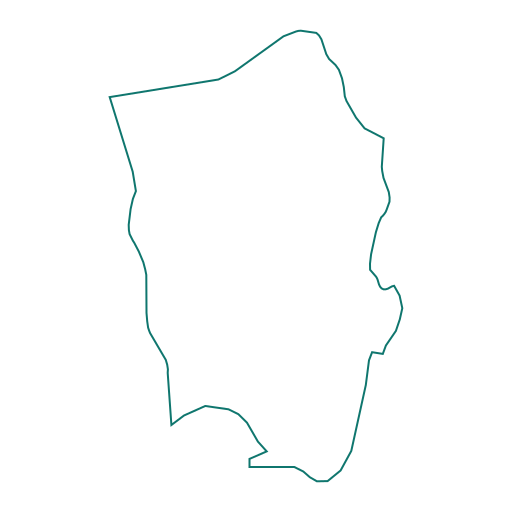 the Parish of Saint Catherine
{"feature_id": "JAM-1380", "entity_name": "Saint Catherine", "entity_type": "Parish", "adm_level": 1, "iso_a3": "JAM", "parent_name": "Jamaica", "parent_adm1": "", "projection": "equal_earth", "projection_center": [-76.985, 18.04], "detail": "fine", "context": "isolated", "style": "outline", "palette": "teal", "viewbox_px": 512, "rotation_deg": 0, "n_neighbors": 0, "source": "natural_earth", "source_scale": "10m", "svg_char_len": 1274}
<svg xmlns="http://www.w3.org/2000/svg" viewBox="0 0 512 512"><path d="M402.3,308.2L399.8,319.4L395.9,330.9L385.9,345.5L382.8,353.9L372.1,352.2L369.0,360.3L365.8,385.1L351.3,450.9L340.6,470.5L327.6,481.1L316.9,481.3L309.8,477.2L303.3,471.5L294.3,467.0L249.5,467.0L249.5,458.9L266.7,451.4L257.9,441.6L247.0,422.7L238.4,414.2L228.5,409.3L205.2,406.0L184.0,415.5L171.4,425.0L167.7,372.9L167.9,369.3L167.2,364.7L165.8,359.9L150.1,333.1L149.1,330.6L148.1,327.6L147.2,321.2L146.5,312.9L146.3,274.9L145.2,269.4L143.3,262.2L138.8,251.5L134.2,242.7L132.9,240.7L129.6,234.1L128.9,230.2L128.7,224.8L130.6,209.1L132.9,198.9L135.9,191.1L132.7,171.7L109.7,97.1L218.4,79.5L234.9,71.3L283.5,36.3L296.0,31.5L298.3,30.9L300.8,30.7L316.3,32.9L319.0,35.4L321.4,39.3L326.3,54.2L329.1,59.0L335.5,65.0L338.9,69.8L342.0,78.3L343.8,87.1L344.8,96.3L346.5,101.0L356.0,117.6L364.6,128.4L383.7,138.3L381.8,166.8L382.2,171.0L383.5,177.9L388.8,192.1L389.6,197.5L389.5,201.7L386.7,209.5L385.7,211.9L384.3,214.0L382.8,215.8L381.2,217.3L378.7,223.1L375.9,232.2L371.1,254.2L370.0,263.7L370.1,269.8L376.0,276.6L376.7,277.7L377.5,279.4L379.0,284.4L380.1,286.7L381.6,288.4L383.5,289.3L385.7,289.3L387.8,288.7L391.9,286.4L394.1,285.8L399.6,295.6L402.3,308.2Z" fill="none" stroke="#0f766e" stroke-width="2"/></svg>